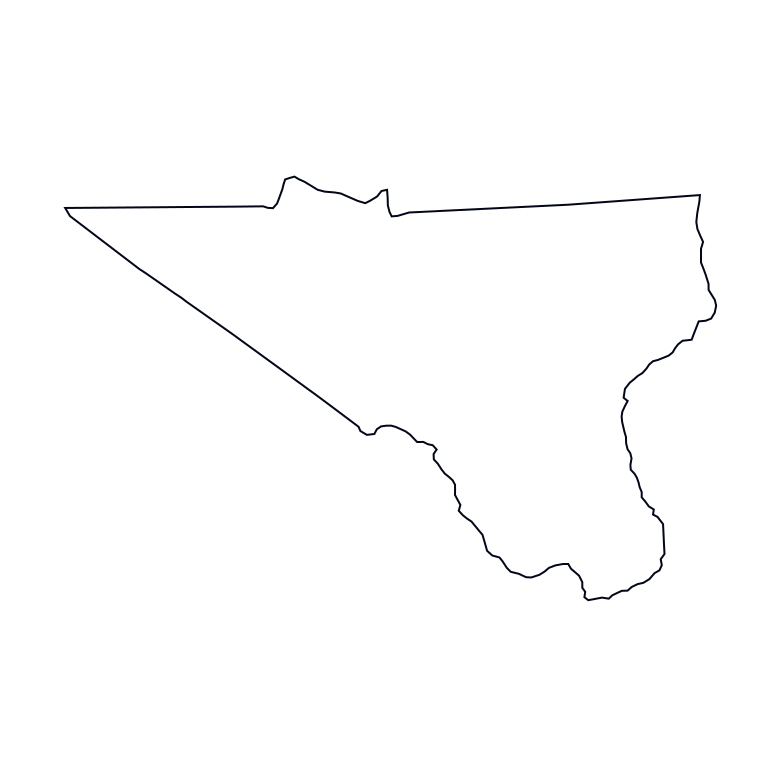 Capanema, Pará, Brazil (Albers equal-area conic projection), rotated 93°
{"feature_id": "56859067B17880522908499", "entity_name": "Capanema", "entity_type": "district", "adm_level": 2, "iso_a3": "BRA", "parent_name": "Brazil", "parent_adm1": "Pará", "projection": "albers", "projection_center": [-47.084, -1.188], "detail": "fine", "context": "isolated", "style": "outline", "palette": "ink", "viewbox_px": 768, "rotation_deg": 93, "n_neighbors": 0, "source": "geoboundaries", "source_scale": "gbopen_adm2", "svg_char_len": 2269}
<svg xmlns="http://www.w3.org/2000/svg" viewBox="0 0 768 768"><g transform="rotate(93 384 384)"><path d="M224.9,711.6L232.8,706.3L282.1,634.2L285.9,627.6L304.3,598.0L308.6,590.7L312.2,585.5L342.0,538.1L373.4,489.8L402.1,445.8L428.0,407.2L432.2,405.1L435.7,398.4L434.4,391.0L429.6,388.8L426.5,384.7L425.5,379.5L425.2,374.6L426.3,369.9L430.1,360.1L433.2,355.3L440.2,347.9L439.8,341.7L441.8,337.1L442.6,332.1L446.7,328.0L451.3,330.8L456.7,330.3L461.0,325.9L466.3,322.1L470.4,318.5L473.3,314.4L476.6,310.4L480.9,307.8L485.8,307.5L491.1,307.3L500.8,301.4L506.7,302.7L511.0,298.3L514.0,294.1L516.8,289.4L525.8,281.2L529.5,277.7L545.2,272.3L549.6,266.9L551.2,259.6L554.9,256.3L561.3,251.6L564.9,247.6L566.5,239.4L569.5,232.0L569.5,226.8L566.4,218.8L562.9,213.8L559.0,209.7L556.2,203.4L554.4,196.0L554.1,190.6L558.7,187.6L561.6,183.8L565.2,179.2L571.5,175.6L577.1,175.3L581.0,172.2L586.4,172.7L589.2,168.7L587.7,162.5L585.9,155.1L586.6,148.3L583.1,145.0L580.7,140.6L578.1,135.7L577.6,129.9L573.8,126.1L570.6,120.4L569.0,114.6L564.9,108.7L558.7,103.9L555.7,99.2L550.4,97.1L544.5,98.5L539.1,95.0L529.4,96.0L523.3,96.6L509.3,98.0L502.4,103.9L500.3,108.5L495.2,108.0L492.4,113.1L487.5,117.1L483.7,120.7L478.4,121.0L473.6,123.3L469.1,124.6L464.3,126.6L460.4,129.2L456.7,133.1L451.8,133.7L445.4,132.9L440.3,134.4L436.5,137.3L430.6,139.1L424.2,139.6L419.1,141.4L409.4,144.2L404.0,145.0L399.0,144.5L393.8,142.4L388.2,139.8L385.2,144.0L376.2,143.1L369.8,138.6L366.3,134.7L362.8,131.2L359.6,126.6L355.0,122.8L350.7,120.2L347.2,116.6L345.6,111.6L340.8,101.3L337.4,97.4L333.1,95.2L329.0,92.4L325.2,88.1L323.7,79.1L318.3,77.4L305.0,73.0L304.0,66.1L301.5,60.7L295.3,57.4L288.4,56.4L282.8,58.0L273.0,64.8L267.2,65.1L258.5,68.3L252.2,71.0L246.1,73.8L232.3,74.5L225.4,72.8L219.7,75.8L212.9,79.1L205.9,80.6L197.0,80.1L185.3,78.6L178.8,78.4L195.3,209.3L211.4,367.8L213.6,374.1L215.4,379.2L216.2,385.1L211.9,387.5L205.5,389.5L197.8,390.1L189.9,391.1L191.4,396.6L197.1,400.7L201.7,407.4L204.4,412.2L202.5,419.9L200.1,426.3L196.0,437.2L195.3,443.4L195.0,453.3L193.5,460.5L186.2,474.0L183.9,479.9L181.6,484.2L183.1,488.8L184.9,493.4L189.6,494.7L194.8,495.7L205.0,498.8L209.5,500.3L214.2,504.1L214.2,509.2L212.9,514.0L214.5,539.1L224.9,711.6Z" fill="none" stroke="#020617" stroke-width="2"/></g></svg>